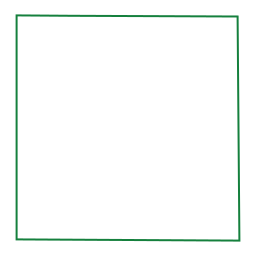 outline of Mecosta, Michigan, United States of America
{"feature_id": "52423323B66393696597069", "entity_name": "Mecosta", "entity_type": "district", "adm_level": 2, "iso_a3": "USA", "parent_name": "United States of America", "parent_adm1": "Michigan", "projection": "mercator", "projection_center": [-85.305, 43.641], "detail": "fine", "context": "isolated", "style": "outline", "palette": "green", "viewbox_px": 256, "rotation_deg": 0, "n_neighbors": 0, "source": "geoboundaries", "source_scale": "gbopen_adm2", "svg_char_len": 192}
<svg xmlns="http://www.w3.org/2000/svg" viewBox="0 0 256 256"><path d="M237.6,16.5L72.3,15.8L16.6,15.4L16.6,239.4L239.4,240.6L237.6,16.5Z" fill="none" stroke="#15803d" stroke-width="2"/></svg>